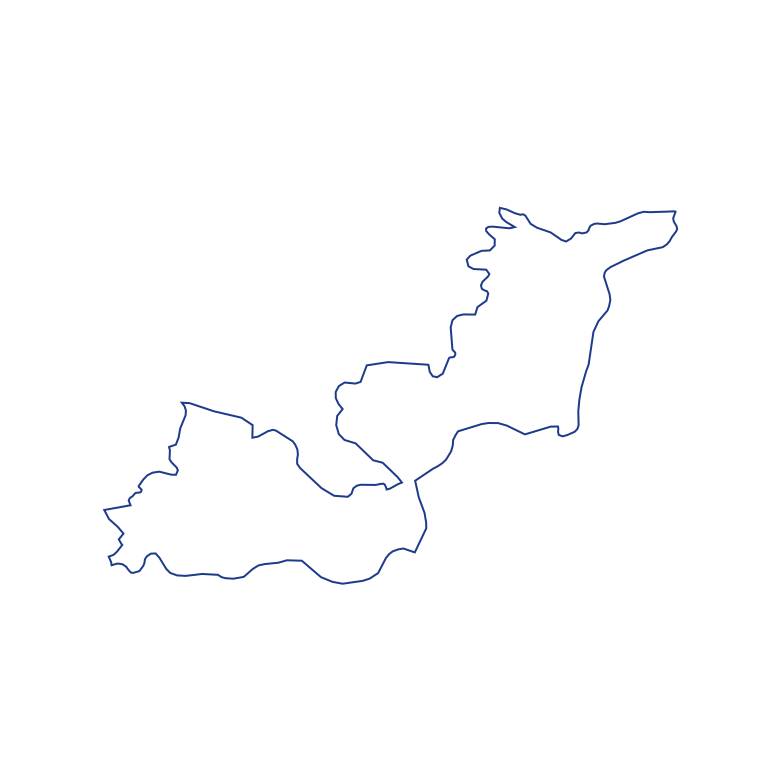 an SVG outline of Burgenland, rotated 205°
{"feature_id": "AUT-2322", "entity_name": "Burgenland", "entity_type": "State", "adm_level": 1, "iso_a3": "AUT", "parent_name": "Austria", "parent_adm1": "", "projection": "robinson", "projection_center": [16.54, 47.475], "detail": "fine", "context": "isolated", "style": "outline", "palette": "blue", "viewbox_px": 768, "rotation_deg": 205, "n_neighbors": 0, "source": "natural_earth", "source_scale": "10m", "svg_char_len": 3502}
<svg xmlns="http://www.w3.org/2000/svg" viewBox="0 0 768 768"><g transform="rotate(205 384 384)"><path d="M584.3,151.6L562.5,167.0L566.2,170.6L566.1,173.3L564.4,176.1L563.4,179.8L562.7,180.6L559.5,182.4L558.6,183.7L558.9,185.6L560.7,186.5L562.5,187.0L563.2,187.8L561.8,195.6L559.8,201.4L556.3,205.8L550.6,209.6L538.5,211.9L534.2,213.8L534.3,218.6L536.5,220.6L543.8,223.4L546.6,225.2L550.0,233.4L552.2,236.1L547.0,241.1L547.5,248.6L549.9,257.5L550.6,271.8L552.3,276.2L555.3,279.5L559.3,281.6L552.1,284.5L526.6,287.4L499.0,293.2L485.7,291.2L480.6,279.7L476.0,283.0L469.1,292.3L465.3,295.5L462.2,296.1L442.5,293.5L438.8,291.5L434.9,288.1L434.0,286.7L432.2,283.6L430.9,279.0L429.0,275.0L424.6,272.4L396.6,263.2L382.0,261.6L369.1,266.5L367.1,270.8L367.7,276.5L365.7,280.3L362.8,282.7L348.9,289.0L344.7,292.1L342.4,293.4L340.8,293.1L339.0,291.7L337.0,289.5L334.4,291.7L329.1,299.0L326.1,302.3L332.4,305.4L351.9,312.1L361.6,310.3L378.5,316.1L384.6,318.2L396.2,316.6L403.8,319.5L409.9,326.5L412.9,335.3L410.9,343.8L416.8,346.7L421.7,350.8L424.4,356.3L424.0,363.1L420.3,368.7L410.1,372.3L406.1,376.0L407.5,393.6L402.7,396.8L389.5,405.6L351.9,420.2L347.7,414.4L343.1,411.6L338.7,412.6L335.1,418.2L336.0,435.0L335.2,436.2L333.5,437.0L332.0,438.2L331.8,440.8L332.7,442.5L334.3,443.2L335.9,443.7L336.8,444.6L347.5,463.5L348.9,470.7L346.5,476.6L341.6,480.5L330.7,485.5L331.8,493.2L326.4,502.8L327.7,510.0L329.8,511.6L332.5,511.3L335.5,511.6L337.8,514.4L337.9,518.3L335.1,525.7L335.0,528.2L339.7,530.8L351.5,526.0L357.3,526.4L361.6,531.8L359.9,536.9L351.9,545.9L344.5,549.8L342.2,556.2L344.8,562.0L351.9,564.0L356.0,565.8L357.2,568.1L355.8,570.5L351.9,572.6L336.2,578.1L331.8,581.5L341.8,582.5L346.8,583.9L351.9,587.9L353.4,592.6L346.8,594.0L337.6,594.1L331.8,595.0L330.3,596.3L328.6,596.6L326.8,596.2L324.9,595.0L318.8,591.1L311.4,590.3L297.1,591.8L284.0,589.6L279.2,590.1L275.9,595.0L274.4,601.6L271.5,603.6L268.0,604.3L264.5,606.9L263.6,609.5L263.9,612.0L263.7,614.6L261.3,617.8L258.9,619.4L251.5,622.1L242.6,627.7L238.5,631.3L225.8,646.2L221.3,649.9L215.6,652.1L201.2,659.4L193.8,663.2L192.6,663.4L192.5,663.2L192.4,661.4L192.0,656.6L191.4,655.6L190.0,653.7L185.6,650.7L183.9,648.6L183.7,645.9L185.2,638.6L185.5,634.1L186.7,630.0L189.2,625.8L201.8,616.4L218.8,597.2L228.1,585.7L230.6,581.1L231.0,578.1L230.1,574.4L217.4,560.6L214.3,555.7L212.9,549.6L212.5,545.2L216.2,531.5L216.2,519.7L206.7,487.9L206.2,481.1L203.6,464.5L200.3,452.3L196.4,441.4L190.2,428.9L189.7,425.1L190.9,421.4L196.3,415.2L199.9,412.1L204.1,411.7L206.0,414.1L207.1,417.1L208.3,419.0L214.8,415.9L235.0,397.9L255.2,398.2L264.1,396.8L272.8,392.8L278.5,389.0L296.9,372.4L297.5,368.0L297.7,362.6L295.7,357.4L294.7,351.2L295.8,341.6L297.8,336.6L301.1,331.3L303.4,328.5L314.9,309.5L304.6,296.0L292.8,284.3L287.4,276.5L284.7,271.1L284.9,244.4L296.9,243.1L301.0,240.3L305.3,236.1L307.4,232.2L308.7,227.1L309.4,210.1L314.8,201.5L320.2,196.5L337.1,185.5L347.1,182.9L359.4,182.3L383.8,189.1L397.5,183.2L404.2,177.4L416.3,170.2L421.2,166.4L424.7,161.0L429.6,149.9L438.2,143.9L445.6,141.0L449.7,140.3L453.8,140.9L468.5,135.0L482.6,126.3L490.6,123.1L497.8,122.4L503.2,124.4L513.9,131.5L519.4,133.9L523.6,131.7L526.1,127.6L526.6,124.1L525.5,120.7L525.3,117.6L526.6,111.1L531.2,107.0L533.7,106.1L537.4,107.7L540.4,109.4L544.5,110.1L547.5,109.4L550.0,108.4L554.3,104.6L555.9,107.1L560.5,111.2L556.9,114.9L555.1,119.3L553.2,127.5L554.6,128.2L558.7,131.1L556.9,138.3L564.9,142.0L576.2,145.4L584.3,151.6Z" fill="none" stroke="#1e3a8a" stroke-width="2"/></g></svg>